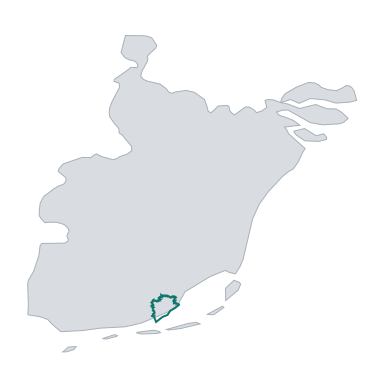 location of Waadhoeke, Friesland, Netherlands, rotated 179°
{"feature_id": "6326949B95625047897274", "entity_name": "Waadhoeke", "entity_type": "district", "adm_level": 2, "iso_a3": "NLD", "parent_name": "Netherlands", "parent_adm1": "Friesland", "projection": "robinson", "projection_center": [5.61, 53.246], "detail": "fine", "context": "in_parent", "style": "outline", "palette": "teal", "viewbox_px": 384, "rotation_deg": 179, "n_neighbors": 0, "source": "geoboundaries", "source_scale": "gbopen_adm2", "svg_char_len": 6097}
<svg xmlns="http://www.w3.org/2000/svg" viewBox="0 0 384 384"><g transform="rotate(179 192 192)"><path d="M255.8,349.6L246.9,349.3L238.6,349.1L234.2,348.6L229.6,346.9L227.4,343.5L224.8,339.4L225.5,336.8L233.3,329.7L234.5,327.7L233.7,326.6L234.4,323.4L240.4,312.7L241.2,308.4L238.5,305.4L234.6,303.6L222.1,300.5L216.2,296.0L213.4,292.1L210.7,291.0L206.6,292.3L196.2,293.7L187.8,291.6L177.9,284.2L175.6,277.6L174.4,272.5L171.9,270.8L168.6,273.4L164.4,277.5L156.0,278.0L153.6,277.0L153.2,274.8L152.8,272.6L150.5,269.9L148.0,268.4L137.4,276.0L133.5,276.0L128.5,273.0L126.1,270.2L120.7,271.8L115.8,275.3L117.4,282.0L114.7,283.2L108.7,282.6L101.9,279.9L94.4,278.2L82.9,273.6L66.8,277.3L55.7,272.9L46.5,272.5L40.7,268.9L34.6,262.9L39.0,259.0L43.3,257.6L60.3,256.9L72.6,259.3L94.6,272.3L100.2,272.2L106.2,270.5L103.2,267.0L97.7,265.3L89.4,261.8L82.9,256.9L98.4,255.3L96.3,252.8L94.3,248.5L78.1,233.4L80.9,229.3L85.1,220.5L90.3,213.3L94.3,211.3L101.1,206.1L115.7,191.0L124.9,178.7L131.9,164.1L142.1,123.8L145.1,117.0L150.0,109.4L156.0,110.9L160.2,113.0L175.1,107.3L200.7,92.4L208.2,79.5L215.6,73.5L244.8,61.9L261.0,58.4L285.9,57.5L303.8,55.4L325.5,54.6L333.7,61.8L338.6,67.1L346.3,70.0L358.2,72.1L357.6,82.5L357.9,103.0L357.0,106.7L351.8,115.4L346.2,131.0L344.8,141.2L343.1,143.2L320.3,143.1L317.0,144.9L316.6,147.1L317.8,149.7L317.2,152.4L315.5,154.5L316.5,157.9L320.4,161.7L327.7,164.1L335.4,164.3L339.4,163.9L342.3,166.7L345.2,170.9L345.0,176.3L344.0,183.4L340.4,190.1L329.9,197.7L325.2,200.4L320.7,201.8L318.6,203.8L317.6,206.4L317.9,208.6L325.4,214.8L325.3,216.2L323.1,219.4L320.2,222.4L300.9,228.6L292.8,228.1L288.3,231.2L286.9,231.8L281.8,229.0L270.4,225.7L266.2,226.8L263.8,228.6L256.7,230.8L251.6,234.2L251.6,238.6L260.7,250.1L263.8,252.3L264.0,256.6L268.4,261.9L272.9,268.6L273.4,272.9L272.9,277.2L270.6,283.3L262.8,297.6L262.7,300.4L263.4,302.5L266.1,303.1L268.1,304.1L267.5,306.1L252.8,316.0L250.9,317.7L244.8,317.2L243.8,318.9L244.7,321.6L247.1,323.9L252.3,325.2L256.9,327.7L260.5,332.6L255.8,349.6ZM101.9,279.9L100.6,284.0L97.2,288.6L85.6,295.1L73.6,299.5L67.4,298.9L63.1,296.7L60.9,294.3L54.5,292.0L45.7,290.8L40.1,293.3L36.2,295.7L32.7,295.3L30.2,293.3L28.2,290.3L25.8,280.8L32.4,279.1L46.6,278.4L57.6,281.8L72.1,283.4L83.2,278.8L91.9,282.7L101.9,279.9ZM78.2,241.2L86.7,247.1L88.4,249.1L89.1,251.1L78.3,253.5L66.9,246.1L59.3,247.9L56.5,244.4L56.5,242.2L64.4,240.4L78.2,241.2ZM160.1,95.2L151.6,103.0L146.4,100.8L144.9,99.0L147.6,93.0L160.2,82.9L160.1,95.2ZM197.9,60.7L189.9,61.6L186.3,60.0L205.6,55.7L217.7,54.4L219.9,55.0L197.9,60.7ZM249.6,52.7L232.7,54.5L227.0,53.1L226.0,51.9L230.6,51.1L245.0,50.9L249.5,52.0L249.6,52.7ZM179.3,69.2L163.4,77.3L162.1,76.0L172.3,69.0L179.3,69.2ZM318.4,39.1L310.5,39.5L312.7,36.6L320.0,34.4L324.0,34.4L318.4,39.1ZM284.1,47.0L272.1,50.7L269.2,49.9L269.9,48.9L280.5,46.5L284.1,47.0Z" fill="#d9dde1" stroke="#a8b0b8" stroke-width="1"/><path d="M223.7,67.6L218.6,69.5L216.0,73.5L210.9,76.4L207.0,79.4L207.4,79.9L207.4,80.0L207.5,80.0L208.0,80.2L209.1,80.7L209.1,80.8L209.2,81.0L209.4,81.0L209.5,80.9L209.5,81.0L210.0,81.1L211.5,81.1L211.9,81.0L211.9,81.3L212.0,81.3L212.0,81.7L211.8,81.8L211.7,81.9L211.6,82.1L211.3,82.7L211.2,82.8L211.4,82.8L211.2,83.3L211.0,83.6L212.5,83.4L212.5,83.5L212.4,83.7L212.3,84.0L212.1,84.1L211.9,84.1L211.8,84.4L211.6,84.4L211.6,84.6L211.5,84.8L211.4,85.3L211.3,85.6L211.2,85.7L211.3,85.7L211.1,85.8L211.1,85.7L211.0,85.9L211.0,86.0L210.8,86.4L210.8,86.5L210.7,86.5L210.4,86.8L210.5,86.9L210.4,86.9L210.6,87.0L210.6,86.9L211.0,87.1L210.9,87.2L210.9,87.3L211.1,87.3L211.3,87.5L211.5,87.5L211.4,87.8L211.2,87.8L211.5,88.0L211.8,87.8L211.9,87.7L212.1,87.5L212.2,87.4L212.3,87.5L212.5,87.6L212.9,87.8L213.1,87.9L213.0,88.0L212.9,88.0L213.0,88.1L213.5,88.0L213.9,87.8L213.7,87.6L213.9,87.4L213.7,87.1L213.8,87.0L214.1,87.0L214.6,86.9L214.9,87.0L215.2,87.0L215.3,86.9L215.5,86.8L216.1,87.2L216.0,87.3L216.2,87.5L216.3,87.6L216.6,87.8L216.9,87.9L216.9,88.0L217.0,88.1L217.2,88.3L217.3,88.3L217.5,88.4L217.6,88.2L217.8,88.3L218.0,88.2L218.0,88.3L218.1,88.5L218.3,88.6L218.2,88.6L218.4,88.8L218.6,88.8L218.8,88.7L218.9,88.8L219.0,88.7L219.2,88.4L219.3,88.3L219.5,88.3L219.8,88.3L220.0,88.3L219.9,88.5L220.2,88.6L220.3,88.7L220.5,88.6L220.6,88.9L220.9,88.8L221.0,89.0L222.4,88.4L222.5,88.4L222.9,88.1L223.0,88.1L223.2,87.9L223.3,87.8L223.4,88.1L223.6,88.3L223.6,88.5L223.5,88.9L223.3,89.1L223.5,88.9L223.5,89.0L223.7,88.9L223.8,89.0L223.7,89.1L224.1,89.2L224.4,89.2L224.6,89.4L224.6,89.1L224.4,88.8L224.5,88.7L224.1,88.4L224.7,88.0L224.8,88.1L225.2,87.9L225.3,87.9L225.5,87.8L225.9,87.5L226.0,87.5L226.0,87.3L225.9,87.1L225.6,86.9L225.9,86.7L226.0,86.7L226.1,86.8L226.2,86.7L226.3,86.7L226.6,86.6L226.8,86.6L226.7,86.4L226.8,86.3L226.7,86.2L226.3,86.1L226.2,86.0L226.3,85.8L226.5,85.7L226.4,85.6L226.5,85.4L226.5,85.2L226.2,84.8L225.9,84.8L226.2,84.6L226.4,84.5L226.6,84.4L226.8,84.3L226.7,84.2L226.8,84.2L226.7,84.1L226.8,83.9L227.0,83.8L227.2,84.0L227.3,84.0L227.6,83.8L227.6,83.7L227.8,83.5L228.0,83.7L228.2,83.4L228.3,83.3L228.5,83.2L228.8,83.2L228.9,83.3L229.1,83.2L229.2,83.3L229.3,83.3L229.6,83.4L229.7,83.5L229.8,83.6L229.8,83.8L230.5,84.0L230.6,83.9L230.8,83.9L231.1,83.8L231.3,84.1L231.5,84.3L232.0,84.4L232.0,84.5L232.1,84.8L232.2,84.7L232.3,84.6L232.4,84.4L232.6,84.3L232.8,84.4L232.9,84.2L233.1,84.1L233.6,83.2L233.7,82.9L233.9,82.7L233.4,82.7L233.5,82.5L233.5,82.4L233.5,82.2L233.4,82.0L233.8,81.3L233.5,80.9L233.4,80.8L233.3,80.6L233.2,80.4L232.9,79.8L233.5,79.8L233.8,79.7L233.7,79.7L233.9,79.5L234.0,79.4L233.9,79.4L232.9,79.3L232.8,78.2L232.8,77.7L233.2,77.6L232.9,77.4L232.5,77.2L233.0,76.9L233.0,77.0L233.5,76.7L233.0,75.9L232.8,75.8L233.0,75.8L233.1,75.7L233.0,75.3L232.5,74.4L233.0,74.0L232.7,73.8L232.3,73.6L232.0,73.3L231.8,73.2L231.7,72.9L231.8,72.7L231.7,72.4L231.8,72.4L231.8,72.2L232.0,71.8L232.2,71.5L232.1,71.3L232.3,71.3L232.4,71.0L232.4,70.9L232.5,70.9L232.6,70.7L233.0,70.7L233.1,70.2L233.3,69.8L233.3,69.7L233.6,69.4L233.8,69.2L234.0,69.0L234.1,68.7L233.3,68.4L233.0,68.3L232.5,68.2L232.3,68.2L231.8,68.4L231.9,67.7L231.5,66.1L230.2,62.7L223.7,67.6Z" fill="none" stroke="#0f766e" stroke-width="2"/></g></svg>